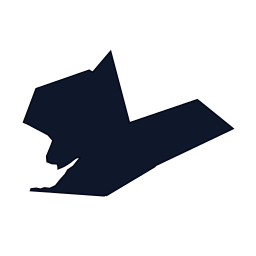 Beausejour/Myers Bridge, Soufrière, Saint Lucia, rotated 7°
{"feature_id": "8701671B90029568380485", "entity_name": "Beausejour/Myers Bridge", "entity_type": "district", "adm_level": 2, "iso_a3": "LCA", "parent_name": "Saint Lucia", "parent_adm1": "Soufrière", "projection": "robinson", "projection_center": [-61.036, 13.822], "detail": "fine", "context": "isolated", "style": "filled", "palette": "ink", "viewbox_px": 256, "rotation_deg": 7, "n_neighbors": 0, "source": "geoboundaries", "source_scale": "gbopen_adm2", "svg_char_len": 811}
<svg xmlns="http://www.w3.org/2000/svg" viewBox="0 0 256 256"><g transform="rotate(7 128 128)"><path d="M39.3,200.2L38.9,202.0L112.7,198.2L113.9,197.3L115.0,197.5L116.8,196.1L159.4,163.0L159.7,162.0L232.4,115.8L193.8,91.7L193.3,91.5L128.8,122.7L101.4,54.0L86.2,77.0L84.3,76.3L82.4,75.4L32.6,99.9L32.0,100.2L23.6,135.0L27.2,136.0L49.5,144.5L55.0,149.4L53.8,154.8L50.7,165.9L51.8,171.3L56.9,172.6L62.0,172.2L63.2,174.4L63.6,177.0L63.8,176.9L65.9,175.7L68.5,174.2L70.9,172.5L71.3,171.9L72.0,171.6L74.0,169.8L75.6,168.4L76.0,167.9L77.5,166.4L77.8,166.1L79.5,164.5L81.0,163.5L82.9,163.3L83.6,163.5L84.0,163.7L83.9,164.1L81.6,167.3L78.4,172.6L76.8,174.0L73.3,177.1L71.4,181.6L66.7,188.3L63.2,194.1L57.7,197.6L52.2,197.6L48.7,199.4L44.4,199.0L39.3,200.2Z" fill="#0f172a" stroke="#020617" stroke-width="1.5"/></g></svg>